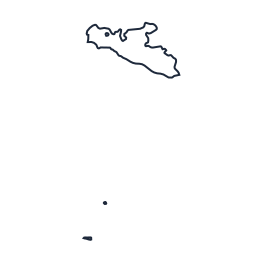 Agrigento, Mercator projection, rotated 353°
{"feature_id": "ITA-5417", "entity_name": "Agrigento", "entity_type": "Province", "adm_level": 1, "iso_a3": "ITA", "parent_name": "Italy", "parent_adm1": "", "projection": "mercator", "projection_center": [13.389, 36.616], "detail": "fine", "context": "isolated", "style": "outline", "palette": "slate", "viewbox_px": 256, "rotation_deg": 353, "n_neighbors": 0, "source": "natural_earth", "source_scale": "10m", "svg_char_len": 2298}
<svg xmlns="http://www.w3.org/2000/svg" viewBox="0 0 256 256"><g transform="rotate(353 128 128)"><path d="M185.4,81.5L180.6,81.9L179.9,82.1L178.5,83.0L177.7,83.3L174.4,82.8L169.7,79.2L166.8,78.0L163.6,77.3L160.8,76.1L158.4,74.4L152.0,68.0L149.7,66.4L147.1,65.6L143.6,65.0L140.9,64.0L138.5,62.5L134.8,59.5L131.6,57.6L130.2,56.2L129.5,55.7L128.5,55.4L127.6,54.9L125.8,51.3L125.3,50.9L123.7,49.9L122.8,48.8L122.2,48.2L121.3,48.0L120.9,47.7L120.2,46.3L119.8,46.0L110.5,44.7L109.4,45.3L108.6,45.4L107.8,45.0L107.4,44.1L106.9,42.2L106.6,41.4L104.6,39.3L102.2,38.2L98.5,37.8L99.4,34.9L100.0,30.8L98.7,30.3L98.5,29.2L99.4,26.7L102.2,24.1L105.3,22.2L107.5,21.6L108.6,21.7L109.1,22.2L110.8,25.1L112.3,26.0L116.7,25.8L120.8,27.1L121.8,28.1L123.0,31.2L123.8,32.5L124.9,33.1L125.4,33.2L125.9,33.1L126.2,32.7L126.6,31.7L126.9,31.3L127.4,31.1L129.3,31.2L130.0,30.8L131.4,29.4L132.2,29.1L133.1,29.8L132.9,31.3L131.3,35.6L132.2,39.1L132.8,40.4L133.6,41.0L136.9,39.4L137.2,38.0L135.5,36.0L135.9,34.1L137.0,33.6L138.3,32.7L139.2,31.5L140.3,30.7L152.0,31.0L155.4,30.0L156.5,29.0L157.4,26.6L158.1,25.8L158.9,25.9L162.1,27.3L163.2,27.6L164.6,27.6L165.8,28.0L166.9,28.8L167.9,30.0L168.5,31.2L168.8,32.3L168.5,33.4L167.6,34.1L162.1,36.6L160.4,36.8L159.6,36.5L158.9,36.0L158.2,35.8L157.5,36.4L157.3,37.8L159.0,41.2L158.9,43.3L158.5,44.9L158.3,45.4L158.0,45.6L157.7,45.7L157.1,45.8L156.4,46.0L155.8,46.5L155.4,47.1L155.2,48.0L155.4,48.7L155.8,49.0L157.9,48.9L158.7,49.2L160.2,50.5L161.4,51.0L162.5,51.2L170.2,50.9L170.8,51.2L171.1,51.7L171.9,54.0L173.5,53.8L174.0,53.9L174.4,54.1L175.3,55.3L175.4,55.7L174.1,56.7L173.4,57.5L173.4,58.1L176.0,60.5L176.9,61.0L177.5,61.0L178.9,60.8L179.6,61.0L180.1,61.6L181.5,63.6L181.9,64.0L183.3,65.0L183.9,66.0L183.9,67.2L183.7,68.4L181.7,72.8L181.6,73.6L181.7,74.5L182.1,75.2L184.3,78.0L185.0,79.5L185.4,81.5ZM118.4,33.9L119.6,33.6L120.1,32.8L119.9,31.9L118.8,31.2L118.0,31.2L117.4,31.6L117.2,32.4L117.6,33.8L118.4,33.9ZM77.9,232.5L78.0,233.3L77.9,234.2L77.1,234.4L76.5,234.2L76.1,234.0L75.8,234.0L72.9,232.7L71.4,232.3L70.6,231.9L71.2,231.4L72.9,231.5L73.7,231.7L77.2,232.0L77.9,232.2L78.0,232.3L77.9,232.5ZM95.9,198.7L96.5,198.7L97.0,199.2L97.2,200.2L96.9,200.6L95.7,200.6L95.3,200.2L94.9,199.6L95.0,199.1L95.5,198.8L95.9,198.7Z" fill="none" stroke="#1e293b" stroke-width="2"/></g></svg>